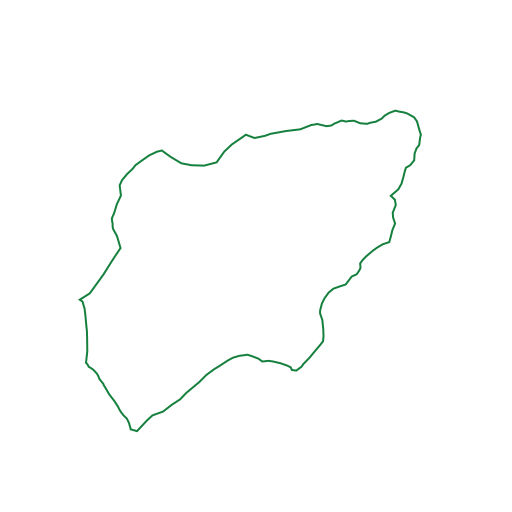 Shengabjimi, Punakha, Bhutan (Albers equal-area conic projection), rotated 342°
{"feature_id": "84629894B92148036486457", "entity_name": "Shengabjimi", "entity_type": "district", "adm_level": 2, "iso_a3": "BTN", "parent_name": "Bhutan", "parent_adm1": "Punakha", "projection": "albers", "projection_center": [89.954, 27.607], "detail": "fine", "context": "isolated", "style": "outline", "palette": "green", "viewbox_px": 512, "rotation_deg": 342, "n_neighbors": 0, "source": "geoboundaries", "source_scale": "gbopen_adm2", "svg_char_len": 2508}
<svg xmlns="http://www.w3.org/2000/svg" viewBox="0 0 512 512"><g transform="rotate(342 256 256)"><path d="M88.7,385.8L101.5,378.7L108.2,375.6L119.6,375.2L130.2,371.4L139.5,368.9L147.5,364.6L161.0,359.2L163.1,358.4L164.4,357.7L172.0,353.8L181.4,350.7L187.2,349.3L197.2,346.6L202.7,345.6L209.4,345.8L213.1,346.5L217.5,347.3L221.4,350.2L226.6,354.4L229.4,358.3L235.6,359.6L239.6,361.6L246.2,365.6L252.2,370.2L254.6,372.6L254.9,375.5L258.9,377.4L265.0,375.4L267.6,373.4L275.4,369.3L281.7,365.3L290.2,360.0L293.4,357.8L295.4,353.2L297.3,346.7L299.3,337.4L299.2,330.5L300.1,327.7L303.9,321.7L306.1,319.4L308.2,317.3L313.9,313.2L319.5,311.0L326.9,310.8L332.5,310.8L336.4,308.1L340.7,305.1L346.1,304.5L349.5,301.9L351.7,299.6L352.8,295.2L356.6,292.5L360.9,290.3L368.9,287.0L374.0,285.4L380.2,284.0L387.0,284.0L390.0,279.5L393.8,273.4L398.3,268.1L398.3,261.7L399.4,257.1L404.7,250.7L405.5,245.4L402.8,240.4L411.9,236.6L416.8,232.1L420.6,226.4L423.2,222.2L425.8,218.4L430.7,217.3L436.0,213.9L438.6,207.4L442.0,203.2L445.4,201.0L448.5,194.5L450.3,191.5L450.3,187.3L450.7,177.7L449.2,172.9L443.9,167.2L441.3,165.3L436.4,162.7L433.4,160.8L426.9,161.1L421.7,162.3L417.9,164.2L411.5,165.3L405.8,164.6L402.4,164.6L396.0,161.9L391.1,157.7L388.8,157.0L385.1,156.2L383.2,156.0L380.5,154.3L379.0,153.6L374.1,154.1L371.4,154.3L368.0,155.2L363.1,154.3L355.1,149.4L352.1,149.0L348.9,148.5L345.9,148.7L337.2,149.2L335.2,148.8L327.1,147.2L323.0,146.4L307.5,144.3L301.8,144.5L294.3,143.7L291.0,143.3L283.8,137.5L280.8,138.5L267.6,142.4L258.1,146.9L252.0,151.4L247.5,154.8L234.5,154.0L227.6,151.5L222.6,149.7L213.7,144.8L212.1,143.0L205.5,135.4L200.7,128.9L199.1,126.6L194.0,126.2L185.5,127.3L175.8,130.3L169.4,132.4L167.9,133.4L165.7,134.9L158.6,138.3L152.0,142.5L148.2,146.6L147.3,151.1L146.2,156.8L139.7,163.7L138.5,165.4L134.4,171.3L130.5,175.7L129.9,178.4L129.7,180.6L128.6,184.3L128.5,186.7L129.5,191.6L129.9,193.7L129.9,195.8L129.6,206.6L124.2,210.8L117.1,216.5L105.0,226.6L93.2,235.2L86.3,240.2L74.9,243.1L76.9,245.7L76.7,253.2L75.2,260.7L73.6,267.6L71.9,275.5L69.8,282.6L66.1,294.5L61.3,305.1L61.9,306.1L62.3,307.3L62.7,309.7L64.1,311.2L66.1,313.9L67.7,317.3L68.3,318.6L68.9,321.1L69.1,324.7L71.3,330.4L71.3,331.8L72.4,336.3L73.5,341.7L74.3,344.1L75.0,346.1L75.7,347.9L76.7,350.9L77.8,355.0L78.3,357.4L78.5,358.6L78.7,360.1L79.2,362.1L79.7,363.8L80.5,365.9L80.9,366.9L82.4,369.7L82.9,370.7L83.2,372.6L83.4,374.0L83.6,376.0L83.5,377.8L83.4,381.0L83.2,382.1L88.7,385.8Z" fill="none" stroke="#15803d" stroke-width="2"/></g></svg>